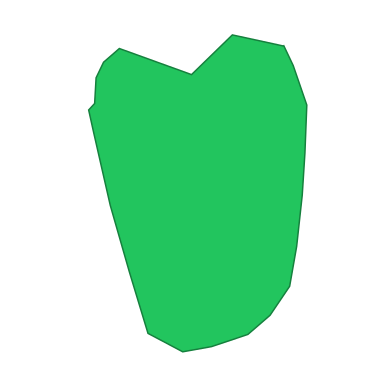 map outline of Blackburn with Darwen (Albers equal-area conic projection), rotated 185°
{"feature_id": "GBR-2122", "entity_name": "Blackburn with Darwen", "entity_type": "Unitary Authority", "adm_level": 1, "iso_a3": "GBR", "parent_name": "United Kingdom", "parent_adm1": "", "projection": "albers", "projection_center": [-2.45, 53.698], "detail": "fine", "context": "isolated", "style": "filled", "palette": "green", "viewbox_px": 384, "rotation_deg": 185, "n_neighbors": 0, "source": "natural_earth", "source_scale": "10m", "svg_char_len": 448}
<svg xmlns="http://www.w3.org/2000/svg" viewBox="0 0 384 384"><g transform="rotate(185 192 192)"><path d="M187.3,32.0L223.5,47.3L247.3,106.6L272.3,171.7L295.1,242.5L302.1,264.7L296.7,271.7L297.5,297.4L291.4,313.6L276.9,328.6L202.7,308.9L165.5,352.0L113.7,345.4L113.3,345.7L102.2,326.8L85.2,288.6L82.9,240.7L81.9,198.5L83.0,146.8L86.5,106.6L103.5,76.0L123.9,55.0L159.0,39.7L187.3,32.0Z" fill="#22c55e" stroke="#15803d" stroke-width="1.5"/></g></svg>